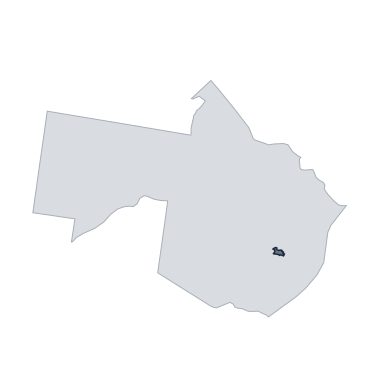 Pochuta, Chimaltenango, Guatemala shown in context, rotated 278°
{"feature_id": "79465075B89019096689616", "entity_name": "Pochuta", "entity_type": "district", "adm_level": 2, "iso_a3": "GTM", "parent_name": "Guatemala", "parent_adm1": "Chimaltenango", "projection": "equal_earth", "projection_center": [-91.081, 14.532], "detail": "fine", "context": "in_parent", "style": "filled", "palette": "slate", "viewbox_px": 384, "rotation_deg": 278, "n_neighbors": 0, "source": "geoboundaries", "source_scale": "gbopen_adm2", "svg_char_len": 2995}
<svg xmlns="http://www.w3.org/2000/svg" viewBox="0 0 384 384"><g transform="rotate(278 192 192)"><path d="M78.9,285.1L80.4,283.2L81.6,278.7L83.2,274.0L82.2,268.7L81.7,264.4L83.4,258.0L83.3,253.3L84.1,250.4L86.7,248.5L88.0,244.9L80.7,232.5L80.7,229.7L81.7,226.2L87.7,212.9L94.7,197.1L102.5,179.8L107.2,169.3L124.3,169.3L135.6,169.3L149.9,169.3L165.5,169.3L175.7,169.2L179.9,169.1L179.2,162.3L179.7,154.8L181.6,148.0L181.6,145.0L178.5,141.3L172.6,139.2L169.3,135.9L169.3,131.8L167.9,126.8L165.0,121.0L159.1,115.0L150.1,108.9L142.4,100.7L136.1,90.4L130.8,83.8L126.7,81.1L125.7,79.6L137.7,79.7L149.1,79.8L149.2,65.1L149.3,52.0L149.3,37.3L169.9,37.3L194.5,37.3L220.1,37.4L240.1,37.4L251.9,37.4L251.4,55.7L250.9,76.9L250.5,92.5L250.0,113.4L249.4,134.7L248.6,163.8L248.1,182.6L248.4,183.1L255.1,182.2L265.1,183.0L267.5,182.9L270.6,184.6L272.9,185.1L278.0,189.3L284.0,192.5L287.7,186.0L285.7,182.1L284.2,180.1L284.4,178.4L305.1,195.2L302.7,197.8L297.5,203.8L288.0,214.0L279.5,223.2L271.3,231.5L263.9,239.0L263.1,239.7L253.7,245.0L252.1,247.5L250.2,258.1L249.2,260.7L251.0,266.6L252.7,275.7L252.2,280.4L245.7,286.3L242.7,291.6L241.4,295.0L240.2,294.1L238.2,293.8L233.6,295.1L231.3,295.4L229.5,296.9L229.3,300.2L230.5,305.5L231.0,308.3L229.7,309.5L224.0,312.7L221.7,315.9L219.6,320.8L217.1,322.8L214.4,322.4L212.6,323.2L208.6,326.8L202.7,334.0L199.5,339.2L199.4,343.2L200.0,346.7L178.3,334.2L171.0,332.1L140.5,332.3L127.4,327.4L112.5,317.9L102.4,309.3L78.9,285.1Z" fill="#d9dde1" stroke="#a8b0b8" stroke-width="1"/><path d="M148.6,282.3L148.5,282.2L148.3,282.0L148.1,281.8L148.0,281.5L147.8,281.2L147.5,280.8L147.3,280.4L146.9,280.2L146.7,280.2L146.5,280.3L146.5,280.5L146.4,280.7L146.4,281.3L146.3,281.5L146.2,281.8L145.6,282.1L145.3,282.2L144.6,282.3L144.2,282.2L143.8,282.1L143.6,282.0L143.0,281.6L142.8,281.5L142.3,281.2L142.2,281.3L142.2,281.8L142.1,282.4L142.1,282.7L142.2,283.3L142.2,284.4L142.2,285.4L142.1,285.9L142.1,286.3L142.0,286.6L141.9,286.8L141.7,286.9L141.7,287.0L141.7,287.3L141.8,287.4L141.8,287.5L141.8,287.8L141.7,287.8L141.8,288.0L141.9,288.3L141.9,288.5L142.0,288.8L142.0,289.0L142.0,289.3L142.0,289.5L141.9,289.7L141.9,289.8L141.9,290.0L141.7,290.2L141.7,290.3L141.7,290.5L141.7,290.8L141.6,291.0L141.6,291.3L141.5,291.5L142.1,291.8L142.6,291.9L142.8,292.0L143.0,292.1L143.3,292.1L143.3,291.9L143.4,291.7L143.3,291.4L143.3,291.2L143.5,291.1L143.7,290.9L143.8,290.9L143.9,290.7L144.0,290.7L144.3,290.7L144.5,290.7L144.6,290.8L144.8,290.9L144.8,291.0L145.0,290.9L145.3,290.8L145.3,290.7L145.2,290.5L145.3,290.4L145.3,290.2L145.4,289.9L145.5,289.9L145.6,289.7L145.7,289.4L145.8,289.4L145.9,289.2L146.0,289.2L146.1,289.3L146.3,289.3L146.3,289.2L146.5,289.2L146.6,288.9L146.6,288.7L146.8,288.7L146.8,288.2L146.7,287.8L146.8,287.7L146.8,287.4L146.7,287.2L146.4,286.6L146.3,286.4L146.2,286.2L146.2,285.9L146.4,285.4L146.5,284.7L146.6,284.4L146.9,284.1L147.1,284.0L147.6,283.9L148.3,283.7L148.5,283.7L148.6,283.4L148.6,282.3Z" fill="#64748b" stroke="#1e293b" stroke-width="1.5"/></g></svg>